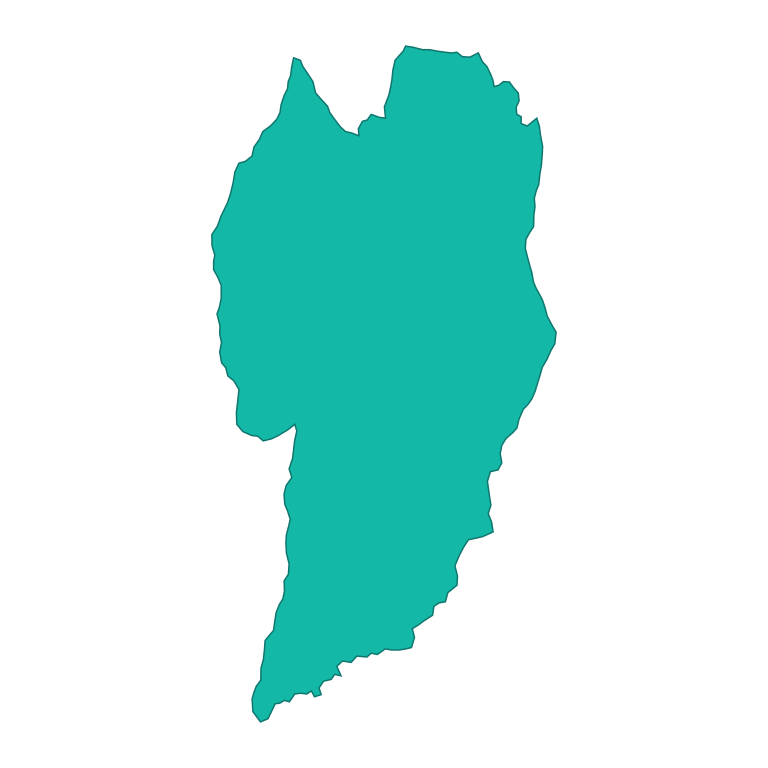 the district of Curitiba, Paraná, Brazil
{"feature_id": "56859067B20014913756231", "entity_name": "Curitiba", "entity_type": "district", "adm_level": 2, "iso_a3": "BRA", "parent_name": "Brazil", "parent_adm1": "Paraná", "projection": "equal_earth", "projection_center": [-49.292, -25.495], "detail": "fine", "context": "isolated", "style": "filled", "palette": "teal", "viewbox_px": 768, "rotation_deg": 0, "n_neighbors": 0, "source": "geoboundaries", "source_scale": "gbopen_adm2", "svg_char_len": 2959}
<svg xmlns="http://www.w3.org/2000/svg" viewBox="0 0 768 768"><path d="M293.6,57.8L291.7,67.1L290.6,75.7L288.2,81.6L287.5,88.8L284.1,95.6L281.1,104.7L280.0,112.6L276.8,119.2L270.7,125.7L262.8,131.6L259.4,139.4L254.0,147.0L252.0,156.1L245.3,161.4L238.9,163.2L234.9,172.0L233.2,182.4L230.5,193.7L227.6,202.5L220.9,216.4L217.5,226.0L211.9,234.5L212.0,245.5L214.8,255.1L213.6,261.6L213.6,269.7L217.8,277.2L221.2,285.2L221.2,298.5L219.4,307.2L217.0,313.9L220.0,325.9L219.7,334.1L221.5,342.4L219.7,352.2L221.6,362.8L225.8,367.8L227.9,376.0L233.9,380.9L239.0,389.5L237.8,400.4L236.4,412.6L236.8,424.3L242.9,431.6L251.7,435.5L257.8,436.2L263.2,440.9L271.6,438.8L278.2,435.6L287.8,429.8L294.8,424.3L296.8,430.9L294.6,440.9L292.6,458.3L289.1,468.9L291.8,477.5L286.2,485.5L284.0,494.3L284.8,504.3L287.5,510.8L290.2,519.2L288.8,525.7L286.4,534.8L285.9,542.3L286.4,552.9L289.1,563.8L288.4,574.2L284.1,580.9L284.5,591.2L282.8,599.0L279.3,604.6L276.2,612.4L274.9,620.6L273.5,630.5L269.5,635.1L265.1,640.5L264.4,650.0L263.4,659.5L261.0,668.1L260.8,680.2L256.3,686.2L253.9,692.5L252.1,699.0L252.9,711.7L260.5,721.9L268.0,718.7L271.9,710.6L275.1,703.8L279.9,703.1L284.4,700.4L289.4,701.8L294.7,694.0L300.8,693.2L306.8,694.0L311.4,690.9L314.5,696.8L321.2,694.6L319.0,688.0L323.6,681.2L331.2,679.4L334.6,674.4L341.0,675.8L336.8,666.3L342.5,661.0L351.1,662.4L356.9,656.1L366.9,657.0L371.2,653.2L377.3,654.5L385.2,648.9L391.8,650.0L399.3,650.0L405.9,648.9L411.5,647.5L414.5,637.3L412.3,628.7L418.9,624.6L423.1,621.4L428.1,618.1L432.6,615.2L433.9,606.4L439.0,602.9L445.4,601.8L447.8,592.7L457.0,585.2L457.5,576.2L454.9,565.8L459.3,555.4L463.6,547.2L468.4,539.8L482.7,536.6L493.1,531.9L491.6,522.1L488.2,513.5L490.9,505.1L489.4,495.5L487.4,481.4L490.4,471.7L498.0,469.9L501.8,462.9L500.2,453.7L501.8,445.4L505.8,438.8L513.1,432.3L516.9,428.0L519.0,419.2L523.2,409.4L528.3,404.0L532.0,398.6L535.1,391.3L537.5,383.4L539.7,376.4L542.2,367.5L546.9,359.4L551.1,350.1L554.8,343.8L556.1,332.3L551.3,323.9L547.3,316.4L544.7,306.6L542.3,299.7L539.2,293.8L536.2,288.4L533.6,282.4L531.7,272.2L529.7,265.3L527.3,256.4L525.3,248.4L525.9,239.4L529.1,233.5L533.6,226.5L533.9,214.7L535.0,206.8L534.3,198.3L536.2,190.9L538.7,184.6L540.0,173.2L541.4,165.1L542.3,153.6L542.6,146.2L540.4,134.8L539.4,126.4L536.8,118.2L527.2,126.0L521.1,123.5L521.2,116.7L516.7,114.2L516.2,107.2L519.1,100.8L518.3,93.1L513.3,87.4L509.5,82.0L503.4,81.6L499.0,85.2L494.1,86.6L492.9,80.2L490.7,74.3L486.8,66.4L482.4,61.8L478.3,52.9L470.0,57.1L462.4,56.7L456.8,52.2L451.8,53.0L444.8,52.2L437.2,51.1L429.6,49.7L422.6,49.7L413.3,47.3L405.6,46.1L403.0,51.5L398.8,56.0L395.1,60.3L392.9,70.0L391.9,79.8L390.8,86.2L389.0,94.7L384.4,106.8L385.5,118.1L379.5,117.4L371.2,114.4L367.2,120.0L362.4,121.3L358.4,128.7L358.9,135.7L351.1,132.8L345.5,131.6L340.2,126.7L334.0,118.5L329.8,112.6L327.5,106.2L321.1,99.3L315.6,92.9L312.9,81.6L307.6,73.5L302.8,66.4L300.4,60.3L293.6,57.8Z" fill="#14b8a6" stroke="#0f766e" stroke-width="1.5"/></svg>